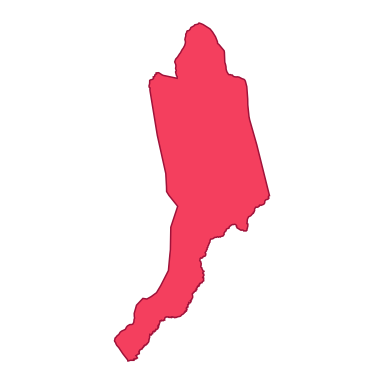 the district of Kacheliba, Rift Valley, Kenya
{"feature_id": "3690345B93324860747201", "entity_name": "Kacheliba", "entity_type": "district", "adm_level": 2, "iso_a3": "KEN", "parent_name": "Kenya", "parent_adm1": "Rift Valley", "projection": "mercator", "projection_center": [35.077, 1.98], "detail": "fine", "context": "isolated", "style": "filled", "palette": "rose", "viewbox_px": 384, "rotation_deg": 0, "n_neighbors": 0, "source": "geoboundaries", "source_scale": "gbopen_adm2", "svg_char_len": 6018}
<svg xmlns="http://www.w3.org/2000/svg" viewBox="0 0 384 384"><path d="M247.7,98.9L246.8,86.7L245.4,81.3L244.8,80.1L243.9,79.3L242.1,78.7L239.0,77.1L237.1,76.8L236.2,77.0L233.9,76.6L233.1,76.1L232.4,75.1L231.1,75.0L230.9,74.8L230.3,74.6L229.0,74.7L228.3,74.1L226.8,71.6L226.1,69.1L226.0,66.7L225.5,64.4L224.8,62.3L224.4,52.2L224.1,50.7L219.0,44.6L217.6,43.4L217.4,41.6L215.5,36.8L212.6,32.1L210.2,29.1L209.7,28.7L203.2,24.6L200.9,23.6L199.0,23.0L197.8,24.2L194.8,24.8L193.9,25.9L191.1,27.4L190.7,27.9L190.2,29.2L189.4,30.1L188.5,30.7L187.5,30.8L187.1,31.0L186.8,31.6L186.6,32.7L186.0,33.6L185.7,34.5L185.8,35.6L185.7,36.4L185.3,37.5L184.9,39.5L185.4,41.5L185.4,42.9L184.7,45.4L183.1,48.4L182.2,49.5L180.4,52.9L179.5,54.0L177.6,57.0L175.7,59.1L174.7,61.9L175.7,64.4L175.9,65.5L175.9,66.8L175.7,67.5L175.6,68.7L176.2,70.3L176.2,70.8L175.6,71.8L175.6,72.2L176.5,75.7L177.2,76.5L177.1,78.3L163.3,75.4L162.0,74.8L158.7,72.7L157.0,72.8L156.2,72.9L156.4,74.0L155.8,74.0L155.0,74.7L154.7,75.4L154.8,76.0L154.4,76.6L154.2,76.8L153.3,76.8L153.3,78.1L153.5,78.4L153.4,78.6L152.8,79.1L151.8,79.6L151.0,79.7L149.7,80.4L149.6,83.7L149.0,85.9L149.2,87.2L149.6,87.7L150.1,88.0L149.9,89.7L150.1,91.3L157.3,135.3L165.8,173.6L166.5,186.7L166.6,191.6L168.9,195.3L177.7,206.3L170.8,227.2L170.4,249.9L169.9,254.4L168.4,270.6L160.7,285.7L156.5,292.7L151.2,296.6L146.9,299.0L142.9,298.4L136.5,305.2L134.2,313.4L134.3,316.3L134.6,318.1L134.1,319.4L133.8,322.3L132.7,324.2L131.7,324.5L129.7,324.6L127.5,325.9L126.4,327.2L125.5,329.1L124.9,329.6L121.6,331.1L120.2,332.2L118.8,334.5L117.1,335.8L115.6,337.7L115.2,337.9L114.9,338.8L114.8,339.8L114.5,340.5L114.7,341.5L115.6,342.6L115.9,343.7L116.8,345.4L118.7,347.5L122.9,353.8L127.6,359.8L127.9,361.0L129.0,360.8L130.2,360.3L133.8,360.3L133.8,359.8L133.6,359.5L133.6,359.2L133.9,359.1L134.6,359.5L135.1,358.7L135.3,358.9L135.5,358.7L136.4,358.7L136.9,358.4L136.9,358.0L137.4,357.8L136.0,355.6L136.6,355.5L137.0,354.8L137.4,354.7L137.6,354.4L139.1,353.8L139.3,353.7L139.3,353.1L139.0,352.8L139.3,352.0L138.9,351.7L138.9,351.4L139.2,351.3L140.0,349.8L140.7,349.6L141.2,349.1L141.9,349.1L142.1,348.9L142.0,348.6L142.4,348.3L142.6,347.6L142.9,347.7L143.8,346.7L143.8,346.0L144.5,345.9L144.6,345.2L144.8,345.1L145.7,345.1L146.2,344.8L146.2,344.4L146.9,343.7L147.1,343.9L147.4,343.8L147.7,342.9L148.4,342.3L148.9,341.0L148.8,340.6L149.1,339.8L148.9,339.4L149.2,338.9L149.7,337.1L149.5,336.1L149.9,335.5L149.8,334.5L150.8,334.9L151.2,334.9L151.1,334.4L151.2,334.2L151.8,334.2L152.0,333.6L152.6,333.5L152.4,333.0L152.9,332.3L152.9,331.8L153.4,331.3L154.0,331.4L154.2,331.8L154.4,331.8L154.7,331.0L155.4,331.0L155.6,330.7L155.5,329.9L155.9,329.6L155.9,329.4L156.5,329.5L157.6,328.9L158.0,328.3L158.0,327.9L158.3,327.5L158.0,327.5L158.1,327.1L158.5,326.1L157.9,325.9L158.6,324.8L159.0,325.0L159.1,324.8L159.3,324.1L159.3,323.5L159.6,323.1L159.9,322.4L159.7,321.1L159.9,320.9L161.2,320.4L161.2,320.9L162.1,320.8L163.0,320.4L163.5,320.6L163.8,320.1L164.6,320.1L164.5,319.6L164.7,319.1L164.9,317.8L165.0,317.6L166.3,316.8L166.9,317.1L167.4,316.9L167.9,316.8L168.5,317.3L168.9,317.0L169.9,317.5L170.3,317.3L170.8,317.4L170.9,317.1L171.7,316.8L171.9,316.8L172.0,317.4L172.9,316.9L174.6,317.6L174.7,317.4L175.2,317.6L176.0,317.2L176.6,317.4L177.5,316.8L179.4,316.5L180.4,316.2L180.7,316.0L181.9,314.6L182.4,314.5L183.3,313.9L184.3,312.9L184.4,312.3L185.2,312.1L185.2,311.2L185.4,311.0L186.2,311.2L186.4,311.1L186.6,310.7L186.5,310.1L187.0,309.4L187.0,309.1L186.4,309.0L186.3,308.6L186.6,307.4L187.9,307.1L188.0,306.7L187.7,306.2L188.0,305.3L187.7,304.7L187.8,304.5L188.5,304.4L188.8,304.1L188.7,302.4L188.9,302.4L189.2,302.7L189.8,302.9L190.4,302.7L191.1,301.2L190.5,300.7L190.4,300.5L191.7,299.7L191.9,298.6L192.6,297.8L192.7,296.4L192.3,294.1L192.4,293.6L193.4,292.9L193.5,292.4L194.1,292.2L194.2,291.8L194.5,291.4L195.8,291.0L195.8,290.5L195.7,290.2L196.4,290.0L196.7,289.7L196.8,289.5L196.3,288.8L196.3,288.5L197.4,287.6L197.3,286.7L197.8,286.1L198.1,286.1L198.6,286.3L198.9,286.2L198.7,285.2L199.0,284.9L199.5,285.0L199.6,284.8L199.7,284.5L199.5,283.6L199.7,283.4L200.6,283.3L201.2,282.8L202.1,282.6L202.1,282.1L202.7,281.4L203.7,280.8L203.6,279.6L203.7,278.0L203.4,277.5L202.9,277.8L202.7,277.6L203.2,277.0L203.2,276.4L203.9,275.5L203.9,274.8L203.7,274.0L202.9,273.6L202.7,273.0L202.9,272.5L203.8,271.7L204.0,271.3L203.2,271.0L202.9,270.7L202.4,269.5L201.9,268.7L201.9,267.9L201.1,267.3L200.8,266.7L200.8,266.0L201.2,265.0L201.1,264.4L201.2,263.3L200.7,262.1L200.7,261.5L199.8,260.8L199.7,260.3L200.0,259.7L200.1,258.5L200.6,258.0L200.9,257.9L201.4,258.2L202.5,257.8L202.6,257.2L203.1,257.0L203.4,256.5L203.7,256.3L204.8,256.3L205.6,255.4L205.6,254.6L205.9,254.0L205.1,252.8L205.7,251.7L206.4,250.9L206.5,249.9L207.1,249.4L207.1,247.9L207.8,247.3L207.9,246.0L208.5,245.3L208.7,244.2L209.2,243.7L209.3,242.8L209.9,242.2L210.0,240.8L210.5,239.3L210.7,239.1L211.9,239.0L213.3,238.5L214.7,237.4L216.4,237.3L217.5,236.7L218.5,237.2L219.5,236.7L220.4,237.0L220.9,236.5L223.0,236.0L224.1,234.5L224.0,233.6L224.2,232.8L224.6,232.4L225.1,231.4L226.0,230.9L226.3,229.3L227.8,228.4L228.7,228.4L228.9,228.3L229.4,226.5L230.7,225.7L231.2,225.1L232.6,224.5L233.3,224.6L234.3,224.3L235.5,224.5L236.6,225.7L236.6,226.1L236.4,226.6L236.8,227.0L237.0,227.8L240.7,230.1L241.2,230.0L241.7,230.2L242.3,230.0L243.1,230.2L243.5,230.5L243.7,230.9L243.9,231.0L245.0,230.8L245.9,231.0L246.2,230.9L247.0,230.1L247.0,229.0L247.4,228.1L247.5,227.2L247.8,226.3L247.9,224.0L247.6,223.8L247.0,223.7L246.9,223.4L247.1,222.6L247.4,219.2L248.6,216.7L249.6,216.4L250.9,215.6L252.4,213.9L253.4,213.2L253.3,212.4L254.1,212.0L254.3,211.1L254.6,210.7L254.6,208.8L255.9,207.1L256.9,207.3L257.9,207.1L259.2,206.2L259.3,205.4L259.5,205.2L260.2,205.1L260.8,205.4L263.0,204.6L263.7,204.2L264.2,203.8L264.7,202.8L264.8,201.3L265.2,200.5L266.0,199.7L267.8,199.3L268.9,198.2L268.9,197.9L268.4,197.6L268.4,196.7L268.7,196.1L269.5,195.7L256.8,144.9L249.7,120.0L249.0,116.6L247.8,104.9L247.7,98.9Z" fill="#f43f5e" stroke="#9f1239" stroke-width="1.5"/></svg>